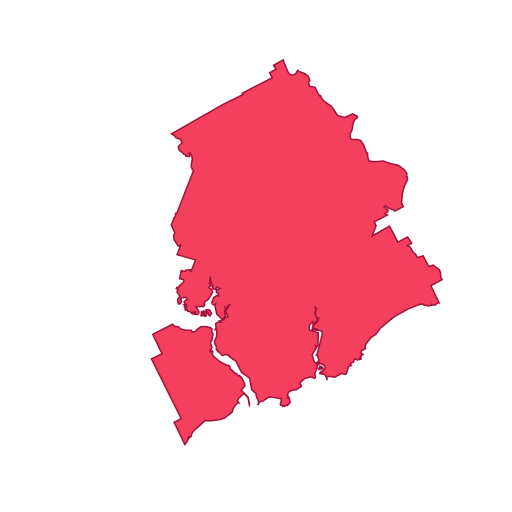 the district of Devonport, Tasmania, Australia, rotated 143°
{"feature_id": "25037944B44278737612916", "entity_name": "Devonport", "entity_type": "district", "adm_level": 2, "iso_a3": "AUS", "parent_name": "Australia", "parent_adm1": "Tasmania", "projection": "robinson", "projection_center": [146.333, -41.213], "detail": "fine", "context": "isolated", "style": "filled", "palette": "rose", "viewbox_px": 512, "rotation_deg": 143, "n_neighbors": 0, "source": "geoboundaries", "source_scale": "gbopen_adm2", "svg_char_len": 6163}
<svg xmlns="http://www.w3.org/2000/svg" viewBox="0 0 512 512"><g transform="rotate(143 256 256)"><path d="M108.7,206.8L107.8,210.8L101.1,218.2L95.3,222.6L88.9,225.8L87.7,228.4L88.4,228.7L85.9,230.9L85.7,235.7L87.8,242.9L93.3,249.2L97.0,255.1L104.5,259.9L108.4,263.6L107.8,266.6L105.1,271.0L105.4,272.5L103.2,279.9L102.9,285.2L105.0,288.1L109.1,291.2L109.9,293.3L107.6,296.6L103.0,299.2L99.0,303.2L95.0,305.5L91.5,305.5L91.1,307.0L93.2,311.3L101.8,313.3L106.2,318.9L105.7,329.8L108.5,339.0L108.6,343.5L107.8,345.2L108.5,345.7L108.6,344.5L108.8,348.0L107.3,355.1L111.0,359.1L109.7,362.9L107.6,363.6L106.7,365.3L106.2,368.6L107.1,372.1L110.7,377.6L110.9,379.2L114.7,377.7L116.7,377.9L118.5,378.7L119.6,380.5L119.7,383.6L117.0,394.5L116.0,396.2L127.0,397.8L127.8,393.1L134.7,394.2L135.8,388.6L169.0,394.3L169.2,392.8L191.1,396.9L250.0,404.4L248.7,401.1L248.7,398.4L246.2,394.8L246.8,390.9L252.3,390.1L253.5,387.8L253.4,384.6L252.4,383.7L252.5,380.9L251.5,379.3L252.0,378.0L249.3,375.4L248.2,376.2L247.9,378.7L247.1,378.8L246.6,375.9L248.4,371.8L253.3,367.3L254.5,364.9L254.7,361.7L293.7,337.7L294.4,338.5L296.9,336.0L298.3,335.9L305.0,331.7L306.8,323.4L309.6,321.9L311.6,318.4L312.2,310.7L309.8,309.9L318.2,304.6L306.6,289.3L317.5,282.5L316.2,284.2L320.7,287.0L321.3,286.3L324.4,288.3L323.9,289.0L324.5,289.4L330.7,283.8L328.0,280.7L328.2,280.0L330.3,278.5L334.4,278.5L337.0,277.5L337.9,278.6L339.3,278.0L338.4,276.4L340.8,274.8L341.0,269.5L344.5,268.8L346.6,265.3L346.4,263.9L344.8,263.6L342.9,264.6L341.8,267.2L340.5,267.4L336.7,265.1L336.9,263.1L335.8,263.0L340.9,262.8L341.7,260.8L340.8,259.4L342.0,259.4L342.3,256.2L342.1,259.7L342.9,260.3L342.7,259.1L343.3,258.8L342.7,258.5L343.5,257.7L343.0,257.6L344.6,256.5L344.0,255.7L344.8,255.2L343.4,254.3L343.8,253.0L341.8,250.5L342.0,249.0L340.0,249.0L340.7,248.0L338.7,248.8L338.1,247.6L340.1,246.5L338.0,244.5L336.1,244.7L335.0,245.9L334.4,251.7L328.2,247.1L326.6,247.5L326.2,248.8L323.9,250.4L320.5,249.9L312.7,253.0L312.0,255.3L312.6,259.5L309.7,259.2L309.8,261.7L309.0,261.5L307.6,264.4L304.9,267.0L307.0,263.8L308.5,257.8L310.4,256.7L310.3,255.4L308.0,253.7L306.1,254.8L305.2,254.1L305.1,252.1L302.9,251.0L308.3,252.9L309.5,250.0L308.8,249.3L309.6,246.5L311.0,248.0L314.9,248.3L319.4,245.3L319.8,243.5L318.7,242.1L317.2,242.0L319.0,240.6L322.3,233.2L321.3,226.8L319.3,225.7L319.4,224.7L315.6,227.7L314.9,230.3L312.5,231.8L311.7,233.8L311.3,232.6L306.9,233.2L306.4,232.9L313.6,230.1L315.0,224.6L317.3,225.4L320.0,224.5L324.3,226.3L323.9,224.2L326.3,226.1L329.0,226.2L331.2,222.5L333.1,221.8L331.6,220.9L335.6,215.7L340.5,212.8L341.9,210.6L342.0,207.9L344.2,204.8L343.2,203.7L344.2,202.6L343.0,201.1L343.6,200.4L343.1,200.6L343.1,197.7L342.1,196.3L339.7,195.9L337.1,192.2L337.8,191.7L335.4,183.8L337.6,171.7L334.6,162.3L339.9,151.7L338.9,146.4L340.7,142.3L341.0,139.7L341.9,137.6L344.2,135.8L340.9,137.4L338.1,136.0L331.3,135.7L328.2,133.8L321.9,127.0L323.3,124.8L325.7,123.2L326.1,121.7L324.6,120.4L324.9,119.9L323.8,120.1L323.7,118.7L320.7,118.4L320.7,117.7L316.7,118.5L315.2,122.0L315.9,123.6L314.8,123.2L314.7,125.8L312.1,127.7L307.7,127.0L304.3,124.9L298.8,124.5L297.6,125.3L297.9,127.0L296.6,128.3L290.7,128.9L284.5,126.3L283.2,123.3L281.7,123.3L279.6,126.8L271.5,132.1L270.7,133.9L272.4,133.0L271.8,134.4L273.0,134.5L273.3,136.1L270.6,143.3L263.0,146.4L262.7,148.4L261.7,147.0L260.3,147.4L252.5,157.1L257.8,164.3L257.2,166.3L254.9,168.5L250.5,169.6L251.4,167.3L245.7,167.5L243.4,174.9L240.3,177.2L239.5,180.1L239.5,177.7L243.1,174.6L244.7,170.4L244.4,168.9L243.4,168.6L245.9,166.8L251.3,166.2L253.4,165.0L253.4,163.7L252.1,161.8L253.1,162.1L253.2,161.0L251.8,159.8L251.6,161.1L250.8,158.8L248.7,156.8L249.6,154.1L265.7,141.2L267.6,140.6L266.9,138.9L270.0,131.8L269.0,131.4L268.3,128.8L268.3,129.6L267.6,128.6L267.5,126.3L268.3,124.8L272.8,123.9L272.3,123.4L273.3,123.0L274.9,123.0L274.6,124.5L275.9,123.8L272.5,119.9L272.4,118.3L273.9,114.1L272.3,116.7L269.7,115.6L266.1,111.8L258.4,110.7L256.2,107.8L254.6,107.6L249.8,111.2L248.0,112.0L245.7,111.2L245.8,112.5L244.9,113.3L242.1,112.6L240.3,114.0L238.5,113.8L237.5,111.7L235.2,111.6L235.5,111.0L234.5,110.5L234.3,111.8L233.5,111.4L232.7,113.2L229.7,112.9L230.5,115.3L228.6,117.0L224.7,116.0L223.3,118.2L221.0,119.5L213.3,121.8L207.7,121.3L199.8,123.6L181.5,124.3L166.1,122.1L154.2,118.8L151.7,117.2L151.4,115.4L149.8,114.6L149.1,112.8L145.2,110.9L144.8,111.7L142.9,109.1L138.9,109.2L138.0,108.3L134.2,127.0L121.5,125.1L121.5,127.4L118.8,131.4L117.8,134.6L120.0,142.1L124.4,143.7L122.4,155.6L127.9,157.5L127.5,161.3L128.3,164.6L127.5,170.4L129.0,173.3L123.9,172.5L123.5,179.9L134.3,181.7L131.4,199.5L151.1,202.1L141.8,208.0L141.1,212.1L126.5,209.7L127.8,212.4L124.3,212.0L123.0,212.9L124.2,218.3L122.3,218.1L121.7,215.1L118.0,209.2L118.1,208.3L108.7,206.8ZM426.3,148.2L420.3,150.3L419.9,150.6L420.2,151.1L419.8,151.6L417.6,152.6L420.1,150.9L416.5,150.9L413.8,153.0L411.5,153.7L395.9,155.2L391.7,151.8L383.2,147.0L378.6,145.5L368.7,145.7L366.2,147.8L362.2,149.2L358.6,149.7L358.1,149.0L358.0,151.4L355.9,152.8L348.4,153.4L347.6,147.9L351.0,141.0L350.4,141.4L347.3,148.1L348.5,157.8L343.2,158.8L341.9,160.6L340.7,167.1L341.2,170.5L342.1,170.8L342.4,174.1L343.3,174.8L343.9,179.8L344.1,179.1L344.3,181.1L343.3,184.7L345.1,186.4L348.6,193.9L350.3,201.6L349.7,205.3L348.6,205.2L347.8,206.4L349.6,206.8L350.1,207.7L349.6,208.6L348.7,208.1L346.3,209.3L344.5,214.4L341.8,215.3L340.1,216.7L340.5,217.2L338.0,218.5L337.0,220.1L337.3,221.4L335.0,224.6L335.3,225.8L338.3,229.6L342.7,232.8L347.7,232.8L349.3,231.9L352.7,233.7L352.4,235.6L357.0,239.2L360.1,243.1L360.6,246.3L363.5,249.1L363.6,251.7L385.6,255.6L389.9,234.4L401.4,236.8L413.6,171.1L421.5,172.5L426.3,148.2ZM328.5,239.2L329.2,237.3L329.0,235.8L326.2,236.8L325.4,240.0L326.3,241.9L328.6,243.0L328.5,239.2ZM329.6,240.9L330.8,243.4L333.2,238.7L332.1,238.1L330.2,239.2L329.6,240.9ZM269.8,126.8L271.1,129.7L271.8,128.7L273.8,128.6L274.0,127.4L271.8,127.8L271.2,126.9L272.0,126.1L270.2,126.1L269.8,126.8ZM332.6,244.3L333.3,244.2L335.9,241.2L334.1,240.2L332.4,243.3L332.6,244.3ZM253.6,165.2L255.5,163.4L253.7,161.8L253.1,162.4L253.7,164.1L253.6,165.2Z" fill="#f43f5e" stroke="#9f1239" stroke-width="1.5"/></g></svg>